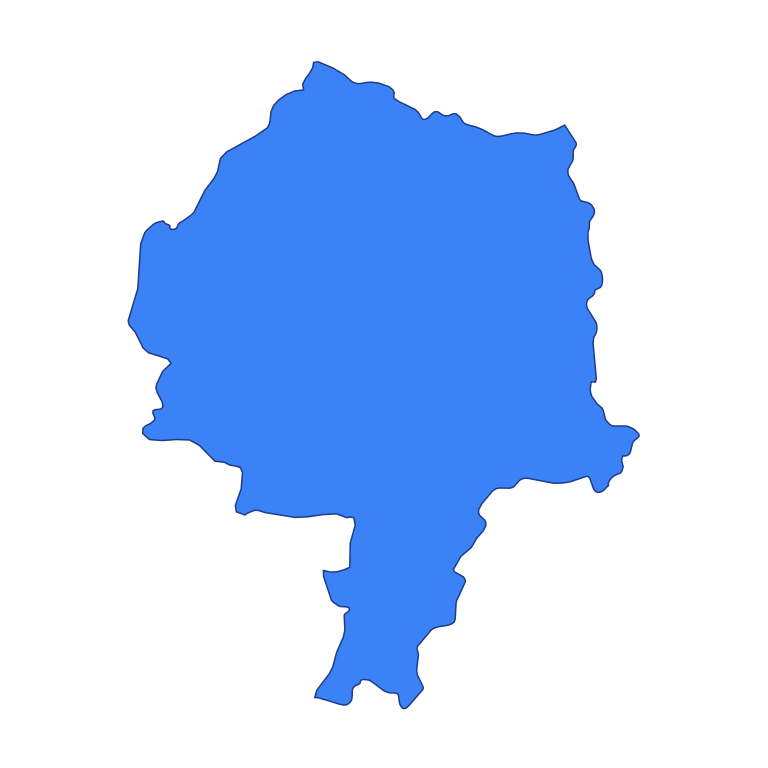 the border of Jihočeský, rotated 87°
{"feature_id": "CZE-1593", "entity_name": "Jihočeský", "entity_type": "Region", "adm_level": 1, "iso_a3": "CZE", "parent_name": "Czechia", "parent_adm1": "", "projection": "albers", "projection_center": [14.581, 49.086], "detail": "fine", "context": "isolated", "style": "filled", "palette": "blue", "viewbox_px": 768, "rotation_deg": 87, "n_neighbors": 0, "source": "natural_earth", "source_scale": "10m", "svg_char_len": 4882}
<svg xmlns="http://www.w3.org/2000/svg" viewBox="0 0 768 768"><g transform="rotate(87 384 384)"><path d="M80.3,449.5L75.0,446.4L69.8,442.1L64.3,438.6L59.2,437.5L59.2,437.3L58.8,432.9L65.8,418.4L73.3,407.2L80.1,400.6L81.6,398.0L82.6,395.2L82.7,391.1L82.4,388.7L82.0,386.0L81.9,380.8L83.1,373.9L87.3,363.6L90.6,359.9L93.5,358.5L97.3,359.3L98.6,359.1L99.9,358.2L102.9,354.1L111.4,338.6L114.2,335.9L117.5,333.8L120.0,332.9L121.7,331.3L122.0,329.6L120.7,326.2L116.3,321.6L115.1,319.9L114.7,318.2L114.9,316.3L116.0,314.5L118.1,311.9L119.0,310.1L119.5,308.3L119.5,305.6L117.8,301.1L117.7,299.5L118.1,297.6L119.7,295.8L120.9,294.6L126.4,291.4L127.9,290.2L129.0,288.1L130.3,284.8L132.1,278.8L134.9,272.7L141.0,262.7L142.4,259.7L142.8,256.5L142.4,252.5L140.8,244.0L140.2,238.1L140.8,230.8L143.1,221.8L143.4,219.5L143.0,215.4L139.2,199.9L135.0,190.0L153.1,179.6L154.8,179.4L156.3,179.8L159.9,182.3L161.6,182.9L168.1,183.2L170.2,183.7L171.9,184.4L173.6,185.7L179.2,189.0L181.8,189.3L185.0,189.0L190.6,186.1L192.3,184.8L194.7,183.7L209.7,179.1L210.7,178.3L211.5,177.4L213.2,171.9L214.7,168.7L216.7,167.0L220.2,165.1L222.4,164.8L224.8,165.1L227.9,166.8L231.7,169.8L233.5,170.4L239.2,170.9L243.2,172.4L251.5,172.7L269.6,170.4L275.7,168.0L281.3,162.4L282.6,161.5L284.1,161.0L287.8,160.3L292.8,160.4L296.5,161.3L298.1,162.2L299.1,163.3L300.3,166.4L300.9,167.7L301.6,168.4L302.4,168.7L303.6,168.9L305.1,169.5L306.2,170.3L307.5,171.8L308.1,173.0L309.6,175.1L310.3,175.8L311.0,176.4L312.0,176.9L313.4,177.4L315.7,177.6L318.9,177.2L333.4,169.1L336.0,168.5L339.8,168.4L344.0,169.4L349.1,172.3L354.9,173.1L389.4,171.7L393.2,172.7L392.9,174.2L392.8,175.5L392.9,176.7L393.4,177.2L400.8,178.4L404.1,178.0L407.5,177.0L414.9,172.3L419.4,167.6L421.5,166.6L431.6,164.5L435.9,161.0L437.9,158.0L438.6,145.5L438.8,144.1L439.1,142.7L441.0,138.8L442.3,136.8L443.2,135.7L447.0,132.4L448.5,131.9L449.7,132.2L451.4,134.0L453.6,137.0L454.6,138.0L456.3,139.0L465.4,141.7L467.1,143.2L468.2,145.0L468.4,146.3L468.5,149.4L470.1,150.3L473.3,150.6L479.2,149.5L483.0,150.8L485.0,152.2L485.8,153.7L486.7,156.7L487.7,158.9L489.0,160.8L490.6,162.5L492.1,163.8L493.5,164.7L494.9,165.3L496.9,165.0L501.3,169.7L502.6,171.8L503.4,174.0L503.4,176.3L502.3,178.4L500.2,180.1L489.2,183.3L487.5,184.5L486.7,186.4L491.4,203.1L492.2,210.9L492.0,219.7L485.6,245.6L485.5,249.0L486.3,251.9L487.7,254.2L492.9,259.2L493.8,260.4L494.3,262.1L494.6,264.4L493.9,274.3L494.2,276.6L495.1,279.0L496.8,281.5L508.5,292.4L514.4,296.0L517.3,296.3L520.1,295.4L525.4,290.4L528.1,289.5L530.8,289.7L535.8,292.6L542.8,299.4L551.8,305.3L560.1,316.2L572.7,324.3L574.1,324.2L575.4,323.3L580.8,314.9L582.3,313.8L584.1,313.2L586.0,313.3L602.5,321.8L603.8,322.7L607.3,323.6L622.5,325.2L625.2,326.3L627.0,328.7L628.3,332.8L629.0,340.5L629.8,344.8L630.9,348.0L632.4,350.0L647.4,364.0L648.6,364.7L650.0,364.9L655.3,363.9L656.7,363.9L671.4,366.4L675.9,366.0L688.0,361.0L689.3,360.7L690.3,360.8L691.5,361.5L706.5,376.0L708.6,378.6L709.2,380.3L709.1,381.6L708.3,382.8L707.0,383.8L705.4,384.7L703.3,385.2L696.4,385.8L694.8,386.1L694.0,386.9L693.3,388.8L692.9,390.9L692.7,394.4L692.0,396.7L690.5,399.9L680.4,412.1L679.1,414.0L678.6,415.9L678.0,419.7L678.2,421.6L678.7,422.8L679.3,423.1L680.2,423.0L681.3,423.5L682.3,424.6L683.7,427.9L684.9,430.0L686.9,431.3L689.0,431.8L694.0,432.1L697.7,432.8L699.2,433.8L700.6,435.1L702.2,437.5L702.5,439.2L702.5,441.2L701.1,446.2L696.5,458.4L695.4,462.2L694.1,465.1L693.4,469.6L686.1,467.0L670.4,453.7L663.7,449.9L649.7,445.4L634.5,437.8L627.5,435.9L612.8,435.9L611.3,434.8L609.9,432.4L608.3,430.5L605.9,430.5L604.7,432.5L604.0,438.9L603.0,441.4L598.7,446.7L597.1,447.8L573.2,454.4L567.0,454.3L569.0,447.5L569.1,441.0L567.7,434.5L565.3,427.8L540.9,426.0L523.5,420.1L516.6,421.0L515.6,421.8L515.2,423.4L515.2,425.7L515.5,428.2L511.2,438.3L511.2,451.9L512.6,466.5L512.6,479.7L506.1,509.7L503.8,515.7L503.3,519.0L504.0,522.1L505.4,525.8L506.8,528.9L507.5,529.8L503.9,538.1L497.5,538.8L481.2,532.1L464.8,529.9L460.0,531.8L458.2,536.3L456.9,542.1L453.8,547.7L452.2,556.9L435.7,571.5L429.7,581.2L428.6,594.1L428.8,608.7L427.2,621.1L425.8,622.6L420.9,627.5L415.7,627.1L413.2,624.0L411.4,619.5L408.0,615.0L405.9,614.6L401.1,616.3L398.6,616.0L397.6,614.0L397.6,610.8L397.2,607.8L395.2,606.0L390.3,606.4L380.8,610.9L376.1,612.0L372.4,611.1L359.8,604.4L352.2,595.5L347.6,598.7L340.5,617.5L335.5,622.6L319.1,629.7L312.7,634.8L310.2,635.8L307.2,636.1L275.9,624.9L231.1,619.6L220.4,615.0L217.8,612.6L212.4,605.8L211.0,603.1L209.6,596.6L210.2,595.2L212.0,594.6L214.2,590.1L215.1,589.4L216.7,589.7L218.1,589.3L218.7,586.3L217.9,583.4L216.0,582.1L213.8,581.2L212.3,579.6L210.3,575.7L205.1,567.6L202.3,564.6L181.2,552.7L174.4,546.9L168.7,542.3L162.8,539.0L150.1,535.5L144.0,529.0L129.2,498.5L122.0,487.0L117.6,484.5L105.9,482.5L100.0,479.6L94.8,474.2L89.9,466.7L86.7,457.9L86.1,448.9L80.3,449.5Z" fill="#3b82f6" stroke="#1e3a8a" stroke-width="1.5"/></g></svg>